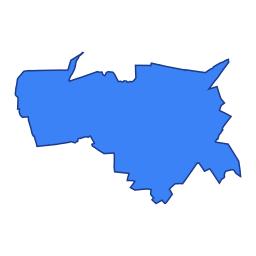 Cefa, Bihor, Romania
{"feature_id": "2599482B41773522941584", "entity_name": "Cefa", "entity_type": "district", "adm_level": 2, "iso_a3": "ROU", "parent_name": "Romania", "parent_adm1": "Bihor", "projection": "equal_earth", "projection_center": [21.696, 46.898], "detail": "fine", "context": "isolated", "style": "filled", "palette": "blue", "viewbox_px": 256, "rotation_deg": 0, "n_neighbors": 0, "source": "geoboundaries", "source_scale": "gbopen_adm2", "svg_char_len": 5551}
<svg xmlns="http://www.w3.org/2000/svg" viewBox="0 0 256 256"><path d="M240.6,176.5L240.2,172.9L240.0,170.3L239.4,166.1L239.1,163.8L238.8,162.1L238.7,161.3L238.6,161.1L236.7,157.9L236.4,157.5L228.1,144.1L215.6,142.1L215.3,141.6L215.9,140.7L217.0,139.1L217.7,139.3L218.0,138.6L219.0,135.0L221.1,132.5L221.9,130.7L222.1,130.6L222.5,130.6L222.8,129.7L222.5,129.2L222.4,128.7L222.4,128.2L223.4,126.5L227.4,121.2L228.6,119.7L230.8,116.9L231.1,116.4L230.4,116.1L228.6,115.1L228.0,114.7L225.1,113.2L222.2,111.8L219.4,110.4L219.7,109.5L220.4,107.6L220.8,106.5L221.2,105.7L221.6,105.2L222.3,104.6L224.1,103.3L224.5,103.0L221.0,98.9L219.5,94.7L217.0,86.6L208.8,89.1L215.0,80.7L216.4,79.1L217.0,78.4L218.1,77.0L218.7,76.1L219.7,74.6L221.2,72.4L222.3,71.0L223.5,69.2L226.0,65.9L226.9,64.6L228.8,62.1L228.6,61.7L228.5,61.2L228.4,61.0L228.4,60.6L228.4,60.2L228.5,59.7L228.4,59.4L228.1,59.6L226.6,59.9L226.4,60.1L224.8,60.9L223.7,61.6L222.8,62.1L220.6,62.8L219.6,63.3L218.8,63.8L215.4,65.7L213.3,67.0L213.1,67.9L213.0,68.0L212.5,68.3L211.8,68.6L210.4,69.2L209.7,69.6L207.3,71.2L205.7,72.5L205.3,72.6L203.4,72.3L200.8,72.0L196.0,71.3L193.2,70.9L191.2,70.6L189.2,70.3L187.3,70.0L184.9,69.8L184.9,70.1L184.7,70.0L165.3,66.3L159.1,64.8L158.7,64.8L152.1,63.3L151.3,63.2L150.8,65.6L149.9,65.4L149.4,65.5L146.4,65.4L142.7,65.4L139.4,65.3L139.1,65.4L135.5,65.3L135.6,70.1L135.8,75.1L135.9,78.1L133.5,80.8L133.0,81.4L132.8,81.5L132.6,81.5L132.0,81.7L131.6,81.7L131.4,81.7L130.2,81.5L129.9,81.5L129.5,81.6L129.1,81.9L128.7,82.0L128.2,82.2L127.7,82.3L127.3,82.2L127.1,81.8L126.8,81.5L126.6,81.2L126.3,81.0L126.2,81.0L125.8,81.0L125.6,81.0L125.4,81.0L125.1,81.0L124.0,80.9L123.8,81.1L123.4,81.4L123.2,81.6L122.1,81.9L121.8,81.9L121.5,81.9L121.3,81.7L121.0,81.5L120.8,81.3L120.6,81.3L120.0,81.3L118.3,81.6L118.0,80.9L116.7,78.5L114.6,74.3L113.5,73.0L113.0,72.3L112.8,72.2L111.9,72.1L108.2,71.7L107.5,72.0L106.3,72.6L106.2,72.9L106.0,73.2L105.7,74.1L105.6,74.4L105.2,75.2L105.0,75.6L104.8,75.7L104.7,75.6L104.3,75.4L103.5,75.1L103.2,74.9L102.7,73.9L102.0,72.1L101.1,72.1L99.9,72.2L99.3,72.2L97.4,71.6L84.7,76.1L78.3,78.3L77.5,78.4L76.5,78.8L72.9,80.0L72.7,80.1L71.0,80.7L69.3,81.2L69.0,80.0L69.0,79.7L69.2,79.4L69.7,78.2L70.7,75.9L71.0,75.4L71.5,74.8L71.8,74.4L72.5,73.1L73.3,71.6L73.7,70.7L74.3,69.4L74.9,67.6L75.3,66.3L75.5,65.0L75.8,62.7L76.8,60.2L78.4,57.9L79.0,56.5L79.3,56.0L79.5,55.8L80.2,55.3L80.8,54.8L82.3,53.5L82.7,53.1L83.1,52.7L82.5,52.5L82.3,52.8L81.6,53.5L80.2,54.6L78.1,55.8L77.5,56.2L75.9,57.2L70.9,60.3L70.1,62.8L69.3,65.3L68.7,67.6L67.8,70.1L64.8,70.2L63.6,70.2L59.5,70.1L55.5,70.2L43.3,70.4L40.6,70.5L38.3,70.5L32.7,70.7L29.9,70.7L28.8,70.7L26.8,70.8L26.6,70.9L24.3,71.2L24.0,71.3L23.7,71.5L22.3,73.0L20.7,75.1L18.8,77.1L17.5,79.0L17.3,79.6L17.1,82.0L16.7,84.6L16.0,87.7L15.7,90.5L15.5,92.2L15.4,92.7L15.4,93.9L15.4,94.2L15.4,94.6L15.6,95.0L15.8,95.3L16.2,95.9L16.6,96.2L17.0,96.6L17.8,97.3L18.0,97.6L18.1,97.8L18.0,99.4L18.0,100.8L17.9,102.4L17.9,103.2L17.8,105.0L17.6,109.1L19.4,109.0L19.3,110.0L19.2,110.9L19.3,112.3L19.6,113.6L20.5,115.4L22.4,117.3L26.0,117.0L28.1,116.8L28.5,119.0L28.5,119.9L28.6,120.7L29.1,122.3L29.4,123.3L30.3,126.2L30.8,128.0L31.1,129.0L31.7,131.8L31.9,132.9L32.1,133.5L32.2,133.8L32.5,134.3L32.6,134.7L33.4,136.1L34.1,136.0L34.5,137.2L34.7,137.8L35.3,140.1L35.9,141.9L36.3,143.2L37.0,146.4L52.2,144.8L56.2,144.4L60.6,143.6L63.6,143.2L66.1,142.8L68.4,142.4L69.4,142.2L71.1,141.7L71.7,141.8L72.6,142.1L74.6,142.8L74.8,142.8L75.1,142.8L75.3,142.7L75.7,142.4L76.2,141.9L76.6,141.7L77.1,141.6L77.6,141.4L77.7,141.2L77.8,140.9L77.8,140.5L77.8,140.1L77.7,139.8L77.8,139.5L78.1,139.0L78.4,138.7L78.5,138.6L78.9,138.5L80.7,138.4L81.0,138.3L81.3,138.2L81.7,137.7L82.1,137.5L82.4,137.7L85.0,136.9L85.9,136.8L86.6,136.8L87.2,136.9L87.6,137.1L88.0,137.3L88.4,137.1L88.7,136.9L88.9,136.6L89.3,136.4L89.7,136.3L90.3,136.0L90.7,136.6L91.7,138.4L93.3,141.2L94.4,143.2L94.0,143.4L92.2,144.2L91.9,144.3L92.1,144.9L92.2,145.6L92.3,145.8L92.4,146.0L92.7,146.2L95.1,147.7L99.8,151.0L102.7,152.7L104.1,153.6L114.0,153.0L114.1,153.6L114.4,155.9L114.3,157.7L114.3,159.4L114.3,160.8L114.3,162.7L114.3,164.2L114.1,166.3L114.2,167.4L114.4,169.3L114.6,171.8L129.0,173.4L128.4,175.5L127.7,178.0L127.4,179.5L127.2,180.4L127.2,180.5L130.5,180.6L132.9,180.7L134.6,181.2L134.8,181.3L134.7,181.7L134.5,182.0L130.4,187.6L135.0,190.1L136.5,189.9L140.5,189.5L144.0,189.2L145.3,189.1L147.2,189.0L149.1,189.2L150.4,189.4L150.9,189.5L151.0,189.5L150.7,194.4L153.6,198.1L152.0,199.8L153.5,201.2L156.1,203.5L158.0,202.4L162.1,200.1L162.6,200.9L162.9,201.5L163.3,201.8L164.0,202.3L164.2,202.6L164.4,203.1L164.6,203.3L165.2,203.4L165.4,203.3L167.0,201.6L167.8,200.5L168.6,199.4L172.3,194.2L171.7,193.1L170.4,190.8L169.4,189.3L170.3,188.2L172.4,186.1L173.4,185.3L174.8,184.0L175.1,183.9L175.6,183.8L176.5,183.7L177.8,183.7L178.9,183.6L179.8,183.6L180.8,183.6L182.6,183.7L183.4,182.6L183.7,182.2L184.3,181.5L184.3,181.3L184.5,181.2L189.7,173.7L191.9,170.6L197.3,162.9L197.6,163.1L198.0,163.2L198.7,163.2L199.1,163.1L204.5,171.2L208.8,169.2L209.8,168.7L210.8,170.2L211.5,171.3L212.3,172.5L213.3,173.9L219.4,183.2L220.0,182.2L220.5,181.3L221.0,180.4L221.3,179.6L221.5,179.4L223.2,178.3L223.9,177.8L224.2,177.6L224.4,177.2L224.5,176.9L224.4,175.7L224.4,174.3L224.4,174.1L225.4,171.5L225.6,171.3L226.0,171.1L227.2,170.9L231.4,169.8L231.6,169.7L233.1,169.9L233.5,170.0L234.0,170.4L234.4,170.8L234.7,171.2L235.0,171.7L235.3,172.4L235.7,173.0L236.2,173.5L237.2,174.2L238.6,175.2L239.3,175.6L240.1,176.3L240.4,176.4L240.6,176.5Z" fill="#3b82f6" stroke="#1e3a8a" stroke-width="1.5"/></svg>